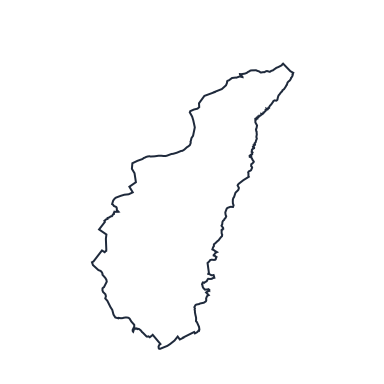 Calinesti, Arges, Romania, rotated 26°
{"feature_id": "2599482B19078285057883", "entity_name": "Calinesti", "entity_type": "district", "adm_level": 2, "iso_a3": "ROU", "parent_name": "Romania", "parent_adm1": "Arges", "projection": "robinson", "projection_center": [25.03, 44.892], "detail": "fine", "context": "isolated", "style": "outline", "palette": "slate", "viewbox_px": 384, "rotation_deg": 26, "n_neighbors": 0, "source": "geoboundaries", "source_scale": "gbopen_adm2", "svg_char_len": 5998}
<svg xmlns="http://www.w3.org/2000/svg" viewBox="0 0 384 384"><g transform="rotate(26 192 192)"><path d="M200.4,343.4L200.0,340.8L200.4,339.4L201.5,339.6L201.6,339.2L201.9,338.9L202.2,338.8L203.1,339.1L203.4,338.7L204.2,338.4L206.2,338.7L207.4,339.2L208.5,339.8L209.5,340.0L214.6,341.8L215.2,341.6L216.2,340.8L217.7,341.1L219.1,338.2L219.3,337.6L230.3,342.5L229.6,344.0L229.7,345.6L230.6,347.0L231.2,347.3L232.1,346.9L237.3,341.1L238.9,338.4L241.4,333.2L242.5,328.2L245.7,329.9L248.1,326.8L247.9,326.6L255.3,316.9L256.6,317.8L258.1,315.7L258.4,314.9L258.7,313.2L259.1,313.3L258.9,312.3L257.4,310.1L253.3,306.7L252.4,306.5L251.9,305.7L251.5,304.6L250.7,303.1L249.0,301.0L247.4,298.9L246.7,297.5L245.9,296.6L245.7,295.4L244.6,294.5L244.7,292.2L245.0,291.6L245.6,291.0L247.4,289.7L248.1,288.7L251.2,286.3L252.4,284.2L252.3,283.1L251.4,281.6L251.2,280.1L251.3,278.4L252.2,277.4L248.7,276.1L249.1,275.3L249.9,274.4L250.6,273.1L250.8,273.1L250.4,272.3L249.2,272.2L249.0,272.6L246.4,274.1L245.8,273.8L244.8,273.6L243.4,272.7L242.6,271.8L242.2,271.0L241.6,270.8L241.3,269.6L241.5,268.4L242.7,268.4L243.2,267.3L244.3,265.8L244.4,263.6L244.6,262.9L245.5,262.6L247.4,261.7L248.2,260.9L248.2,260.5L249.7,259.3L248.7,258.1L247.8,257.2L247.1,257.8L245.8,258.3L243.7,258.2L242.5,258.5L242.4,258.1L242.8,257.5L237.1,249.0L238.0,246.6L238.2,245.2L239.4,244.2L241.6,243.4L242.6,242.7L242.8,242.2L242.7,241.6L242.4,241.1L242.6,240.7L242.5,239.7L241.8,239.7L241.0,239.4L239.3,239.6L239.1,239.2L239.4,238.5L239.6,237.1L240.0,236.1L240.8,235.1L239.6,235.0L239.6,235.3L237.6,234.7L235.5,234.7L235.2,232.4L235.4,230.9L234.8,230.0L234.7,229.2L235.4,227.9L236.5,224.8L237.0,224.0L237.8,220.0L238.3,218.6L237.9,217.2L236.9,216.3L236.3,215.3L235.7,214.0L235.2,213.3L235.4,212.6L235.9,212.4L235.9,211.7L236.2,211.4L235.7,210.6L233.3,209.4L233.3,207.7L232.5,205.6L232.5,204.3L233.1,202.9L233.0,202.1L233.5,200.4L233.4,198.8L232.3,197.9L231.0,196.0L230.8,195.2L230.5,191.8L230.8,190.8L232.7,188.8L233.3,188.3L235.4,187.5L235.2,185.7L233.8,184.4L232.9,182.8L232.0,180.8L231.8,179.0L232.0,178.3L231.9,177.2L231.4,173.8L231.6,172.9L232.3,171.1L232.7,169.7L232.4,167.8L230.1,166.1L230.1,165.1L230.5,163.9L233.0,158.8L236.4,153.4L235.7,152.9L234.5,150.4L234.0,150.0L233.9,149.3L234.0,148.6L235.2,147.1L235.5,146.5L235.4,144.1L235.3,143.6L235.0,143.3L233.8,142.8L233.1,141.1L233.8,139.8L234.3,138.1L234.2,137.6L231.9,136.3L231.2,135.5L229.2,134.8L228.5,135.1L227.9,134.2L228.1,133.8L228.7,134.0L229.4,133.6L229.1,133.2L228.4,133.0L228.5,132.7L229.2,132.3L229.5,131.5L228.9,130.5L229.0,129.9L228.0,129.8L227.9,128.9L227.4,128.1L227.4,127.4L227.8,126.7L227.6,126.1L228.6,125.4L228.5,125.0L227.9,124.4L227.0,124.3L227.2,123.4L227.2,122.9L227.0,122.7L227.9,122.1L227.9,121.8L226.9,120.9L227.4,119.5L227.0,117.7L226.9,115.7L225.7,114.3L225.0,111.8L224.2,110.6L223.7,109.5L222.8,108.9L222.5,108.1L222.0,107.6L222.0,106.3L221.3,103.7L218.5,101.7L217.6,100.0L217.6,99.6L217.9,98.8L217.2,98.7L217.0,98.8L216.9,98.6L216.8,98.4L217.3,97.9L217.9,97.8L217.9,97.4L218.1,97.3L217.8,97.1L218.2,96.7L217.9,96.4L218.2,96.2L218.6,96.2L219.0,95.5L219.0,95.3L218.4,95.4L218.3,95.0L219.1,94.5L219.0,93.9L219.7,93.7L220.1,93.1L220.4,92.2L220.5,92.0L220.2,91.6L220.6,91.6L221.0,91.3L220.7,90.9L221.6,90.0L221.4,89.3L221.8,89.1L222.1,87.9L222.3,87.7L222.6,86.8L222.1,85.8L222.2,85.7L222.7,85.7L223.3,85.1L223.2,85.0L222.9,85.0L223.0,84.8L222.7,84.5L223.2,84.5L223.3,84.2L223.8,84.3L223.9,83.7L224.1,83.3L223.9,83.3L223.8,82.6L224.2,82.3L224.2,80.4L224.8,78.6L225.3,75.5L225.3,74.6L226.0,73.5L227.8,72.9L228.2,72.0L228.3,71.6L227.8,69.7L227.5,67.9L227.5,67.0L227.9,65.8L228.0,64.8L228.4,63.1L228.9,62.0L228.7,61.0L229.6,59.3L229.7,58.7L230.1,55.9L230.0,54.8L230.3,54.3L229.9,51.7L230.3,50.3L230.8,49.4L231.1,48.4L231.2,46.4L231.0,46.0L231.2,45.4L231.4,44.1L231.2,42.4L230.8,42.3L230.6,41.3L230.8,40.9L230.8,40.5L227.5,40.3L217.6,36.7L217.2,37.7L217.2,38.2L217.0,38.9L214.8,41.9L213.4,43.4L213.0,44.1L213.0,44.3L212.4,45.2L211.4,47.2L210.1,48.4L209.6,49.4L209.2,49.9L206.4,50.4L205.7,50.9L204.5,52.6L203.4,53.1L201.6,54.4L201.3,54.5L199.5,54.2L197.3,54.5L196.2,54.5L192.0,56.7L191.2,57.3L190.7,58.3L189.8,59.4L188.9,61.1L187.5,62.5L184.5,64.6L183.4,65.0L183.6,65.3L186.7,66.2L187.0,66.6L184.3,67.2L181.6,69.9L180.9,70.1L178.0,72.0L176.2,75.5L175.1,76.6L175.2,77.6L175.6,78.4L175.8,81.2L173.7,86.4L168.2,92.4L168.4,92.5L161.0,100.2L159.4,109.2L161.3,112.6L160.4,114.7L157.6,117.0L155.0,120.1L155.1,121.4L159.1,124.2L161.7,127.0L166.2,132.7L168.3,141.0L167.9,143.8L168.6,146.8L168.6,147.5L169.1,148.0L169.4,149.0L169.5,150.9L168.7,152.6L167.8,154.0L166.5,157.3L165.3,159.2L164.2,159.9L161.1,163.4L159.0,165.3L158.1,166.1L156.9,166.8L153.4,170.5L152.2,171.4L150.7,172.1L148.4,172.9L146.0,174.1L142.8,176.3L139.2,178.3L138.1,178.5L136.6,179.5L135.4,180.6L134.3,182.1L133.7,182.6L133.1,184.0L129.3,187.9L125.8,192.3L127.8,197.5L132.1,200.3L137.3,207.8L133.4,214.7L138.9,218.3L136.1,221.8L132.4,224.1L129.6,226.7L126.1,230.4L125.4,231.8L124.9,234.2L125.5,237.9L126.7,238.1L127.9,238.8L130.3,238.7L130.7,238.8L131.5,239.5L131.9,240.4L132.5,241.2L134.6,242.0L134.2,242.3L133.3,242.6L132.5,242.7L131.8,242.5L132.3,242.8L132.3,243.2L130.9,243.7L131.0,244.1L130.9,245.0L131.4,245.7L131.5,246.1L130.7,246.9L130.8,248.3L130.6,248.9L129.9,249.3L129.3,250.1L128.9,251.0L127.5,252.4L127.9,253.2L126.7,254.4L126.1,256.0L125.9,256.3L126.8,257.1L124.9,266.4L133.7,267.7L135.1,271.8L140.2,281.3L140.7,282.5L140.3,283.0L139.9,284.4L136.7,284.0L133.9,297.6L132.9,299.0L135.0,301.1L142.1,303.2L144.5,303.0L146.2,303.7L147.3,304.6L147.8,305.6L151.7,307.2L153.5,308.4L154.7,310.0L154.6,316.1L154.1,316.9L153.8,317.8L154.6,319.6L155.8,320.8L159.0,321.9L160.3,323.4L160.7,325.7L163.6,326.9L169.2,331.2L172.0,332.9L175.2,336.6L178.1,338.4L181.2,337.8L181.2,337.3L183.5,336.6L185.0,335.7L185.7,335.0L187.3,333.9L188.6,333.3L190.1,332.9L191.5,333.2L194.2,335.0L198.3,336.7L199.1,338.3L199.1,341.9L199.6,342.9L200.1,343.3L200.4,343.4Z" fill="none" stroke="#1e293b" stroke-width="2"/></g></svg>